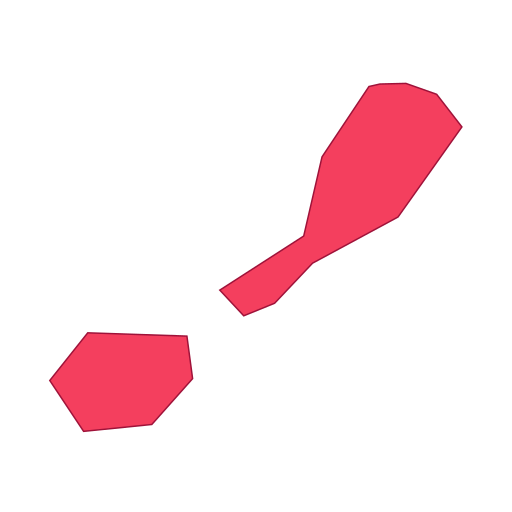 the border of Saint Kitts and Nevis, rotated 86°
{"feature_id": "KNA", "entity_name": "Saint Kitts and Nevis", "entity_type": "country or territory", "adm_level": 0, "iso_a3": "KNA", "parent_name": "North America", "parent_adm1": "", "projection": "equal_earth", "projection_center": [-62.678, 17.252], "detail": "fine", "context": "isolated", "style": "filled", "palette": "rose", "viewbox_px": 512, "rotation_deg": 86, "n_neighbors": 0, "source": "natural_earth", "source_scale": "50m", "svg_char_len": 405}
<svg xmlns="http://www.w3.org/2000/svg" viewBox="0 0 512 512"><g transform="rotate(86 256 256)"><path d="M314.8,272.4L287.5,294.5L239.4,207.0L161.7,183.2L94.8,131.5L93.1,120.4L94.3,94.4L107.3,64.5L141.6,41.6L227.0,111.6L267.1,200.1L304.4,240.7L314.8,272.4ZM418.9,440.2L365.8,470.4L320.9,429.2L331.1,330.5L373.9,327.8L416.8,371.7L418.9,440.2Z" fill="#f43f5e" stroke="#9f1239" stroke-width="1.5"/></g></svg>